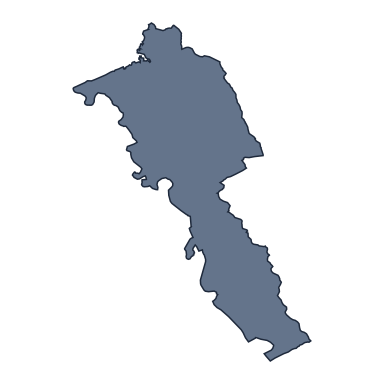 Plopsoru, Gorj, Romania (Robinson projection)
{"feature_id": "2599482B91527362619045", "entity_name": "Plopsoru", "entity_type": "district", "adm_level": 2, "iso_a3": "ROU", "parent_name": "Romania", "parent_adm1": "Gorj", "projection": "robinson", "projection_center": [23.376, 44.754], "detail": "fine", "context": "isolated", "style": "filled", "palette": "slate", "viewbox_px": 384, "rotation_deg": 0, "n_neighbors": 0, "source": "geoboundaries", "source_scale": "gbopen_adm2", "svg_char_len": 5928}
<svg xmlns="http://www.w3.org/2000/svg" viewBox="0 0 384 384"><path d="M270.3,361.0L274.9,358.1L283.9,353.6L288.3,352.0L291.9,349.5L294.2,348.6L296.2,348.3L297.9,346.6L299.0,346.3L299.8,345.1L301.9,344.5L304.7,342.6L307.8,342.0L309.0,342.2L310.8,340.9L308.9,338.9L308.4,337.1L306.5,333.8L304.2,332.3L301.6,331.5L300.3,330.3L299.6,327.7L299.0,323.7L297.6,322.0L295.3,320.4L292.8,319.7L290.4,318.3L286.7,315.0L285.4,313.2L285.2,312.0L286.7,309.2L286.5,307.1L283.3,304.7L281.9,302.4L281.1,300.0L279.0,297.7L277.5,295.6L279.4,291.7L279.2,289.3L278.7,288.0L278.8,287.3L280.5,284.3L281.3,282.2L279.7,279.9L279.8,279.0L279.1,277.1L278.0,275.3L273.2,273.1L271.5,271.4L271.0,269.5L271.1,268.4L272.8,266.5L272.0,265.4L270.8,264.3L270.0,262.8L267.6,261.1L267.4,259.2L267.9,256.6L269.4,255.2L269.0,254.6L267.9,254.0L266.9,252.1L267.5,249.2L267.3,248.0L265.6,246.8L265.3,246.1L264.1,246.6L259.1,245.9L257.9,244.9L253.5,244.2L252.1,243.2L251.5,242.3L251.0,239.4L248.2,236.8L248.0,233.1L246.3,232.4L246.6,231.7L247.5,231.0L246.9,229.9L242.6,228.5L242.1,226.6L242.0,224.4L241.7,223.1L242.1,221.1L241.8,220.4L240.7,219.4L234.8,217.5L233.3,215.3L230.1,213.1L229.4,212.4L227.8,211.9L228.6,211.0L228.6,210.2L228.9,210.2L228.7,209.1L230.1,205.8L227.6,202.6L223.5,201.2L220.1,199.2L218.6,196.4L218.3,193.7L217.2,193.2L218.4,192.6L219.0,191.5L220.4,190.4L222.5,189.4L222.5,188.9L223.8,187.8L224.1,185.3L220.1,182.6L223.1,180.8L223.6,180.0L224.9,179.4L227.1,177.4L230.5,176.6L235.9,174.0L242.7,170.5L246.4,168.1L245.3,166.7L245.0,164.6L241.9,160.4L243.2,159.8L243.6,159.1L243.5,158.3L243.7,158.1L245.0,157.3L249.1,157.6L254.5,156.6L263.1,155.6L263.1,154.6L261.1,148.6L261.1,147.6L260.4,146.8L260.3,145.3L259.8,143.2L256.2,141.0L254.9,138.9L255.3,138.5L253.9,136.8L249.8,134.0L249.0,133.1L248.0,129.2L247.7,127.1L245.8,123.3L245.2,122.9L245.3,122.3L244.0,120.2L244.0,119.7L241.7,117.6L242.1,113.8L242.0,111.7L240.6,109.7L240.0,106.8L238.9,104.6L237.3,102.5L236.9,100.0L236.0,97.8L235.9,94.3L234.7,92.4L233.0,90.4L232.1,88.0L230.8,87.1L229.4,84.2L227.5,83.0L224.1,78.5L224.3,78.1L223.9,77.9L223.9,76.3L225.2,74.9L226.1,73.4L224.4,71.4L223.2,70.5L222.7,69.4L222.7,68.8L221.1,66.8L219.8,63.5L219.9,61.9L209.4,56.8L204.4,55.8L202.5,56.8L199.9,56.5L195.5,54.3L194.4,53.1L192.2,48.9L189.8,47.7L188.1,47.3L186.1,47.5L181.8,49.3L181.6,48.4L181.8,47.3L181.4,45.2L181.0,44.8L180.8,43.1L181.2,42.5L181.2,41.5L180.9,40.4L181.3,38.7L181.1,38.0L181.4,35.9L181.1,35.1L181.4,33.3L178.8,29.3L173.8,25.3L173.0,25.6L172.8,26.2L171.8,27.2L171.6,27.9L171.1,28.2L169.2,28.1L167.6,28.4L167.0,28.8L166.1,28.8L165.2,29.8L163.0,30.6L155.7,28.6L155.5,26.8L154.0,24.6L151.4,23.0L149.3,24.5L148.6,24.6L149.0,26.0L148.5,28.0L147.8,29.4L148.1,29.5L143.6,31.1L142.7,33.8L142.8,34.3L143.5,34.8L144.6,36.9L144.5,38.1L144.0,39.9L143.0,41.3L142.2,41.9L143.4,43.8L142.6,44.3L142.5,44.7L142.2,44.2L141.8,44.3L141.3,43.8L140.7,44.0L140.1,46.5L139.4,47.1L139.6,48.2L140.4,48.7L139.5,48.7L139.8,49.2L139.7,50.3L139.4,50.5L138.5,49.5L138.0,49.3L137.4,49.6L137.1,50.6L137.4,51.5L137.2,52.6L138.0,52.7L138.2,53.3L139.0,52.9L144.3,54.4L145.9,57.8L147.0,58.5L149.4,59.3L150.5,61.3L150.2,62.0L149.8,62.3L149.1,61.3L148.5,61.3L148.0,60.4L147.4,60.1L146.4,61.0L143.6,60.8L143.9,60.1L143.6,59.5L143.7,58.2L141.5,57.8L141.2,57.5L141.2,56.1L139.7,56.1L139.7,56.6L140.3,56.9L140.1,57.7L139.7,58.2L139.0,58.0L138.9,58.6L139.2,59.0L139.0,59.3L140.3,60.4L140.2,62.6L138.9,61.9L135.8,62.9L135.1,62.5L134.6,61.7L132.8,62.2L132.0,62.8L131.5,65.0L130.8,65.3L129.7,64.8L128.1,66.1L126.1,67.0L125.8,67.6L125.0,68.0L125.5,68.6L125.0,68.9L124.3,69.1L123.6,68.8L123.3,66.9L122.8,67.0L118.8,68.9L115.1,70.1L114.3,71.3L113.0,71.2L110.5,72.2L105.7,74.9L95.1,79.5L91.5,80.9L87.4,80.8L85.1,82.5L73.9,87.6L73.2,88.3L73.4,89.8L74.1,91.2L75.2,92.2L77.8,93.0L80.3,93.2L84.9,95.9L86.1,97.4L86.2,98.2L85.7,100.3L84.7,101.8L84.7,103.0L85.4,104.4L87.0,105.1L91.3,105.2L92.6,104.6L94.1,102.0L94.4,98.3L95.3,95.8L96.1,94.7L98.2,92.7L100.4,93.3L104.8,93.9L105.9,95.3L109.5,97.7L112.3,101.8L112.1,102.7L113.2,104.4L114.3,105.2L116.1,105.6L118.2,107.1L119.8,110.6L121.7,112.4L122.9,112.7L123.4,114.6L123.0,117.1L121.1,119.6L118.7,121.3L118.5,122.2L118.8,123.3L119.3,124.2L121.2,125.4L122.9,125.9L123.7,126.4L125.4,126.2L126.1,126.4L128.8,129.8L132.0,134.4L132.8,137.6L136.4,140.9L137.0,142.4L134.1,144.0L127.4,146.5L126.5,149.8L127.0,150.6L130.0,151.6L130.8,152.5L130.8,154.4L131.5,157.8L133.8,161.8L140.7,167.2L141.9,168.9L140.4,172.2L139.1,173.7L137.8,173.2L135.6,173.1L135.3,172.3L134.8,172.0L134.4,172.1L132.6,174.4L132.5,175.4L133.5,176.4L134.0,177.4L137.4,179.2L139.4,178.9L143.1,176.6L145.2,175.9L146.0,177.3L146.4,179.4L142.1,179.8L141.9,181.1L142.2,181.9L141.6,184.6L142.0,185.4L143.0,186.5L144.4,186.8L147.9,186.5L149.7,185.8L152.5,188.4L156.0,189.6L157.6,189.7L157.9,187.5L157.0,184.5L157.6,181.8L158.7,180.7L161.9,178.5L165.8,177.7L168.1,179.2L169.7,179.5L172.0,182.0L172.8,183.4L172.7,185.7L171.7,187.1L168.5,190.2L168.8,195.4L170.4,201.4L172.0,203.5L181.0,210.6L186.3,214.4L188.0,215.3L187.9,215.6L190.3,216.4L191.1,226.1L191.4,226.6L189.3,228.4L190.2,231.2L193.0,237.5L191.3,238.2L190.0,239.2L184.6,248.6L184.7,249.3L186.1,251.1L186.5,254.6L186.1,256.5L186.4,258.0L186.9,258.6L188.3,259.3L189.9,258.9L191.5,256.5L192.9,255.8L193.2,255.0L193.8,254.9L194.0,253.1L194.4,253.0L194.4,252.3L193.5,250.6L192.8,250.1L192.9,248.9L193.2,248.1L195.2,245.0L196.7,246.7L198.9,251.1L202.4,249.9L202.7,252.1L203.7,254.3L204.3,255.0L205.6,259.4L205.6,261.7L200.4,280.1L200.6,283.9L201.1,285.3L204.0,290.1L205.3,291.2L208.5,291.7L214.2,291.1L216.5,292.3L216.5,293.8L217.7,294.6L216.6,296.3L215.9,298.5L214.1,300.4L212.7,301.3L214.1,304.6L217.1,307.6L220.9,309.8L228.6,316.6L241.2,329.7L243.1,332.6L245.5,337.8L248.5,341.9L255.3,338.2L255.5,337.6L256.5,337.7L260.8,339.2L267.1,340.4L270.5,342.2L273.6,345.1L273.6,345.9L272.8,348.2L271.4,350.1L264.2,353.7L266.2,356.3L270.3,361.0Z" fill="#64748b" stroke="#1e293b" stroke-width="1.5"/></svg>